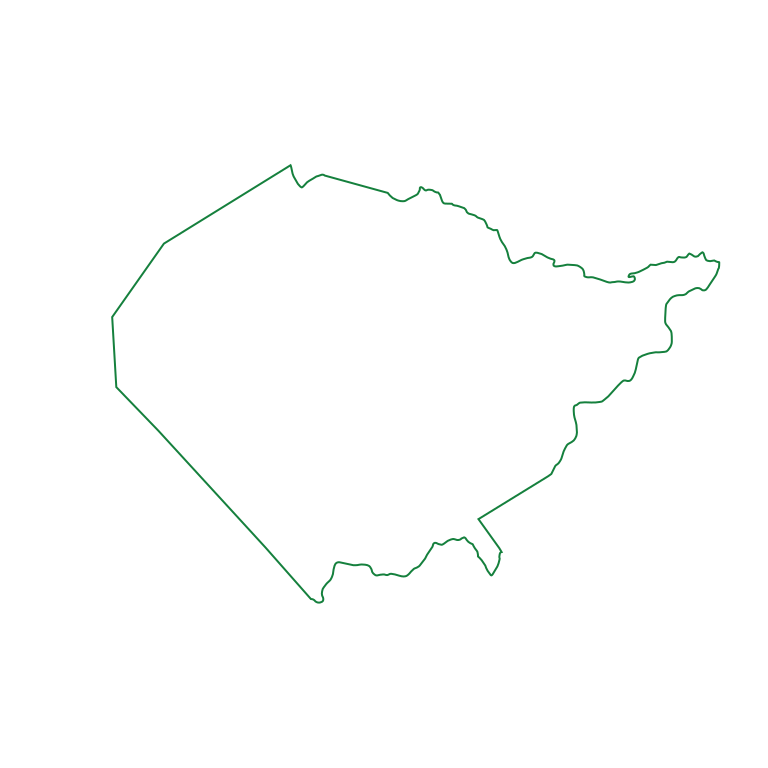 the district of Apacilagua, Choluteca, Honduras, rotated 199°
{"feature_id": "27666195B80375114467909", "entity_name": "Apacilagua", "entity_type": "district", "adm_level": 2, "iso_a3": "HND", "parent_name": "Honduras", "parent_adm1": "Choluteca", "projection": "mercator", "projection_center": [-87.065, 13.459], "detail": "fine", "context": "isolated", "style": "outline", "palette": "green", "viewbox_px": 768, "rotation_deg": 199, "n_neighbors": 0, "source": "geoboundaries", "source_scale": "gbopen_adm2", "svg_char_len": 6166}
<svg xmlns="http://www.w3.org/2000/svg" viewBox="0 0 768 768"><g transform="rotate(199 384 384)"><path d="M333.6,565.5L335.7,565.6L337.0,565.8L337.4,566.2L338.1,567.3L339.5,568.8L341.4,570.7L342.9,571.7L344.6,571.9L349.3,571.9L350.3,572.1L352.0,572.8L353.3,573.0L356.3,572.9L358.7,572.7L359.6,572.7L360.7,573.1L361.6,573.5L363.4,575.4L365.4,576.4L371.2,576.4L373.1,576.3L375.0,575.9L376.1,575.8L377.5,576.0L378.3,576.5L378.6,576.5L384.9,574.5L385.8,574.4L386.5,574.4L387.6,575.0L388.7,576.0L392.7,581.1L394.1,582.0L394.9,582.6L395.3,582.7L396.5,582.3L398.2,582.3L399.4,582.5L400.7,582.9L401.5,583.0L403.5,582.7L405.5,582.1L406.2,581.6L407.1,580.8L407.7,580.6L408.3,580.6L409.2,580.9L411.1,581.9L411.9,582.1L412.8,582.2L413.6,581.9L413.8,581.5L413.9,581.0L413.5,579.7L413.4,578.7L413.9,575.1L414.2,574.3L415.2,573.0L421.3,566.7L423.3,564.3L424.2,563.6L425.1,563.2L427.5,562.4L430.0,562.1L431.7,562.1L436.4,562.7L439.9,564.2L442.7,565.9L507.9,561.8L509.1,562.1L510.3,561.9L511.0,561.6L513.9,559.3L515.5,558.2L518.1,555.0L520.7,552.0L522.4,549.7L523.7,546.7L524.5,544.9L525.3,543.5L525.9,543.1L526.6,543.2L527.6,543.5L530.6,545.2L537.0,550.8L538.9,553.1L542.1,558.4L543.2,560.0L543.6,560.4L637.8,445.1L662.8,358.8L636.1,293.9L582.0,266.3L442.8,190.8L383.1,156.9L381.9,157.2L380.7,157.2L379.5,156.9L378.0,156.1L377.0,155.9L376.0,155.8L375.2,155.9L374.1,156.2L373.3,156.6L371.8,157.8L371.4,158.5L371.1,159.2L371.2,160.3L371.6,161.4L372.1,162.2L373.6,163.8L374.5,165.5L375.0,167.8L375.2,170.1L374.8,172.0L373.5,176.0L372.9,177.4L371.4,180.2L370.9,181.4L370.6,182.9L370.4,184.7L370.4,187.6L371.3,192.3L371.6,196.2L371.3,198.3L370.8,199.2L370.3,199.8L369.2,200.6L367.9,201.0L354.0,202.7L350.6,203.9L347.9,205.4L346.3,206.1L343.0,207.0L340.7,207.3L338.9,207.1L338.1,206.8L337.2,206.2L335.5,204.7L333.9,202.4L332.7,201.5L331.0,200.8L329.9,200.5L329.0,200.5L327.9,200.9L325.5,202.4L322.7,203.7L321.7,204.0L319.9,204.1L318.7,204.4L317.9,205.0L316.5,206.4L315.4,206.9L311.7,207.5L307.5,207.7L304.9,207.9L302.8,208.4L301.3,209.1L300.2,209.9L299.2,211.3L298.4,212.8L297.3,215.6L295.6,218.9L295.1,219.5L294.0,220.4L293.0,221.3L291.6,223.0L291.1,224.0L288.3,232.3L287.7,236.6L285.2,245.9L285.2,246.7L285.3,248.4L285.2,249.1L284.9,249.7L284.3,250.3L283.5,250.6L282.7,250.7L280.4,250.4L277.4,250.7L276.9,250.9L276.3,251.4L275.3,252.6L272.7,256.4L270.3,258.6L268.7,259.7L268.0,260.0L266.8,260.2L264.1,260.3L262.9,260.7L261.9,261.3L261.2,261.9L260.8,262.4L260.6,263.0L259.5,264.0L258.4,265.0L257.9,265.1L256.8,264.8L254.8,263.3L252.8,262.2L250.5,261.6L248.1,261.4L247.6,261.0L246.4,259.8L244.5,258.2L242.1,256.6L241.1,255.8L240.2,254.3L239.4,252.8L239.1,251.8L238.9,251.5L237.2,250.8L234.3,249.2L229.1,245.3L227.5,243.3L225.2,241.1L220.9,238.1L220.3,238.0L220.0,238.1L219.6,238.7L219.3,239.5L217.4,248.4L217.3,251.7L217.6,255.5L217.8,256.6L218.5,257.7L218.8,258.6L219.2,260.9L219.2,261.8L219.0,262.5L218.7,263.0L218.1,263.4L221.5,266.3L250.7,287.0L198.8,350.2L196.5,353.4L195.4,362.1L195.0,363.1L193.8,364.8L193.1,366.1L192.5,368.2L192.1,370.2L192.0,371.4L192.2,378.8L191.8,382.2L191.2,385.5L190.8,386.5L190.2,387.4L187.7,390.2L186.2,392.4L185.5,394.7L185.2,397.5L185.4,399.1L185.8,401.0L188.7,407.9L190.2,410.4L193.0,414.4L194.4,416.9L195.8,420.2L196.5,422.2L196.8,423.4L196.9,424.6L196.6,425.5L196.2,426.0L195.0,426.8L193.4,429.3L192.9,429.9L192.5,430.2L188.1,432.1L181.9,434.0L177.8,435.5L174.1,437.3L172.5,438.2L171.9,438.8L170.8,440.5L167.9,445.3L162.2,458.7L160.2,462.8L159.3,464.3L158.6,465.2L157.8,465.6L156.9,465.9L154.7,466.1L153.2,466.7L152.4,467.4L151.7,468.6L151.2,470.2L150.9,472.2L150.5,476.2L150.7,479.9L151.9,490.0L151.8,491.0L151.6,491.8L148.9,494.9L144.6,498.3L142.7,499.6L138.5,501.9L137.3,502.5L134.4,503.4L129.1,505.8L127.5,506.8L127.0,507.6L126.5,508.5L126.0,510.0L125.4,512.1L125.2,513.7L125.2,515.1L125.3,516.4L125.7,517.9L127.3,522.4L128.7,525.7L129.8,527.4L133.5,530.2L136.7,532.2L137.6,533.1L138.3,534.1L138.7,535.1L139.7,538.1L142.4,547.6L143.0,550.6L143.0,551.6L141.2,557.3L140.3,559.1L139.2,560.6L137.8,561.8L136.0,563.1L133.9,564.1L130.8,565.2L129.6,565.8L128.6,566.6L127.8,567.4L126.6,569.7L125.8,570.9L120.8,575.8L119.2,576.7L117.3,577.2L115.5,577.0L113.7,576.4L112.9,576.4L111.5,576.9L110.5,577.7L109.9,578.9L109.2,580.9L108.5,583.8L105.9,593.7L105.5,595.6L105.4,597.0L105.4,601.5L105.2,602.3L105.2,602.9L105.6,604.9L106.5,607.8L106.7,608.2L107.0,608.3L107.8,608.1L108.3,608.0L109.9,608.0L112.0,608.3L115.7,606.3L118.0,605.9L119.3,606.0L120.0,606.3L121.4,607.7L122.9,609.5L124.3,611.5L125.0,612.0L125.7,612.2L126.1,611.9L127.5,609.8L128.8,607.1L129.5,606.6L130.4,606.0L131.4,605.7L132.4,605.7L135.3,606.5L137.1,606.7L137.8,606.7L138.4,605.6L139.2,603.0L139.5,602.5L140.1,602.0L141.0,601.4L142.2,601.0L144.4,600.4L146.3,600.2L146.9,599.8L147.6,598.4L148.0,596.5L148.3,595.5L148.9,594.4L149.5,593.8L150.5,593.2L156.2,591.8L158.3,590.0L161.0,588.5L165.6,585.0L170.8,583.6L171.6,582.2L172.2,580.8L173.2,579.5L176.0,576.5L179.3,573.2L180.6,572.1L183.2,570.3L185.8,569.1L186.9,568.4L187.5,567.6L187.8,566.5L187.8,565.4L187.7,565.1L187.5,564.9L187.0,564.9L186.4,565.2L184.3,566.5L183.0,567.1L182.4,566.9L181.5,566.0L180.9,564.8L180.9,563.6L181.3,562.6L182.2,561.6L184.4,560.2L186.0,559.5L189.0,558.7L194.0,557.8L196.0,557.2L197.3,556.6L199.0,555.6L201.5,554.5L202.9,553.7L204.1,553.3L206.4,553.1L213.6,553.2L221.0,552.9L223.0,552.4L225.1,551.5L226.1,551.2L227.3,551.0L228.9,551.0L229.5,551.1L229.9,551.5L230.3,552.9L231.2,554.6L232.2,556.1L233.3,557.2L234.6,557.9L236.5,558.5L238.5,558.9L239.9,559.0L242.4,558.5L249.3,556.6L250.3,556.1L253.6,554.1L257.7,552.0L259.7,551.1L261.2,550.9L262.1,551.2L262.6,551.9L262.9,553.0L262.7,554.5L262.8,555.5L263.1,556.3L263.7,556.7L264.7,556.9L267.3,556.7L270.7,556.9L277.2,558.2L281.7,558.0L283.3,557.6L284.1,556.9L284.3,556.3L284.9,553.3L285.4,552.4L286.1,551.7L287.1,551.0L289.4,549.8L292.8,547.4L294.3,546.2L297.4,543.0L299.7,541.0L300.8,540.5L301.8,540.3L302.7,540.5L303.6,540.9L304.8,541.7L305.8,542.5L307.5,544.5L310.0,548.5L312.0,551.0L314.7,553.7L318.7,556.6L321.2,558.9L322.8,560.8L326.1,565.3L327.0,566.3L327.5,566.3L330.5,565.1L332.0,565.2L333.6,565.5Z" fill="none" stroke="#15803d" stroke-width="2"/></g></svg>